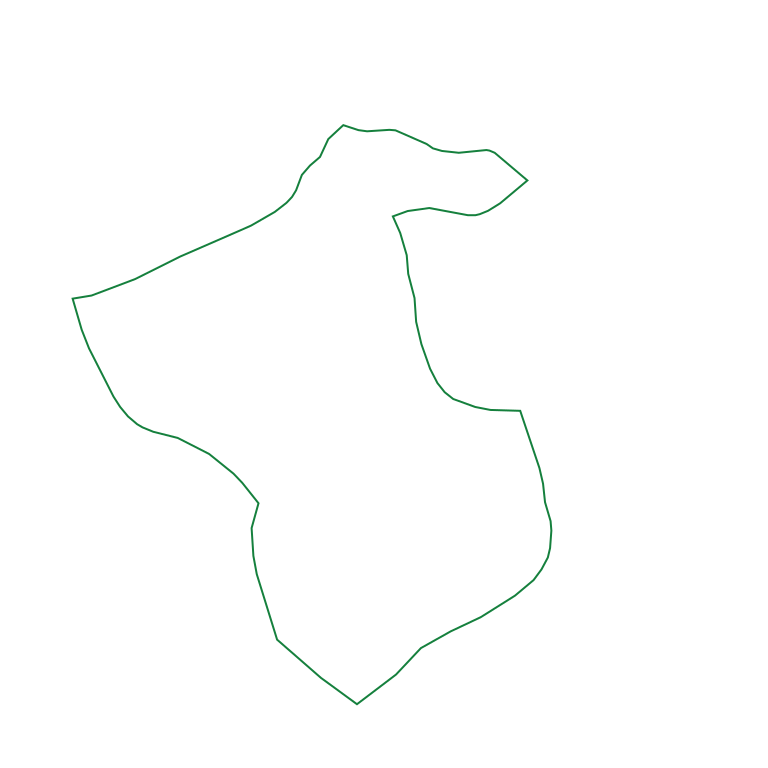 Darhan-Uul, Equal Earth projection, rotated 55°
{"feature_id": "MNG-3328", "entity_name": "Darhan-Uul", "entity_type": "Municipality", "adm_level": 1, "iso_a3": "MNG", "parent_name": "Mongolia", "parent_adm1": "", "projection": "equal_earth", "projection_center": [106.217, 49.455], "detail": "fine", "context": "isolated", "style": "outline", "palette": "green", "viewbox_px": 768, "rotation_deg": 55, "n_neighbors": 0, "source": "natural_earth", "source_scale": "10m", "svg_char_len": 1161}
<svg xmlns="http://www.w3.org/2000/svg" viewBox="0 0 768 768"><g transform="rotate(55 384 384)"><path d="M299.5,149.8L302.6,185.2L301.8,199.5L299.8,208.2L298.2,212.2L293.9,218.4L265.8,246.0L255.9,265.4L251.8,280.6L269.6,284.1L291.5,291.5L307.7,301.0L331.1,309.7L351.5,322.0L372.8,330.5L397.9,337.5L413.9,339.7L425.6,339.0L436.0,335.9L455.1,322.5L466.3,311.7L484.1,287.8L542.0,304.9L556.9,310.9L573.2,319.9L591.9,326.2L600.1,331.0L613.7,342.1L620.1,349.3L626.2,361.3L630.4,373.9L632.5,398.1L630.5,438.4L624.9,471.1L621.5,505.2L628.9,540.8L630.8,589.8L588.6,604.2L532.1,618.2L466.8,597.3L449.9,589.6L426.1,575.1L409.7,555.2L383.7,556.8L371.1,558.7L341.0,567.4L309.9,583.9L290.8,600.4L281.0,606.7L275.3,609.3L263.7,612.3L251.4,613.3L239.1,612.8L185.6,605.2L166.1,600.5L135.5,590.1L143.8,572.8L155.3,527.7L162.7,477.8L175.7,413.7L178.0,402.0L180.4,374.8L179.7,360.5L179.5,359.1L178.0,352.0L174.9,344.9L165.6,331.3L162.6,319.3L161.3,306.2L151.4,289.1L148.6,268.9L161.4,259.3L167.3,252.9L178.9,233.8L182.8,229.1L211.9,211.4L219.0,208.8L226.4,202.8L237.5,190.1L251.1,165.9L253.3,163.7L258.1,160.7L299.5,149.8Z" fill="none" stroke="#15803d" stroke-width="2"/></g></svg>